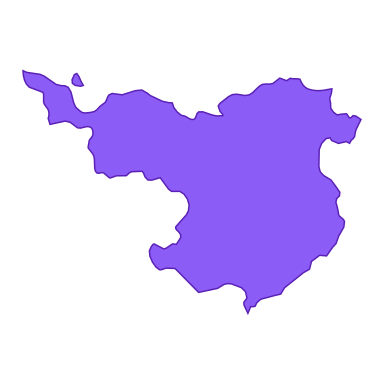 map outline of Gerona (orthographic projection)
{"feature_id": "ESP-5820", "entity_name": "Gerona", "entity_type": "Autonomous Community", "adm_level": 1, "iso_a3": "ESP", "parent_name": "Spain", "parent_adm1": "", "projection": "orthographic", "projection_center": [2.529, 42.07], "detail": "fine", "context": "isolated", "style": "filled", "palette": "violet", "viewbox_px": 384, "rotation_deg": 0, "n_neighbors": 0, "source": "natural_earth", "source_scale": "10m", "svg_char_len": 2920}
<svg xmlns="http://www.w3.org/2000/svg" viewBox="0 0 384 384"><path d="M23.0,70.7L26.9,72.4L39.9,74.3L44.3,76.2L56.1,84.4L61.0,85.6L64.9,85.8L68.2,87.3L71.0,92.1L73.7,102.8L75.7,107.2L79.8,110.9L82.4,112.6L85.2,113.0L90.7,112.4L94.2,111.6L96.6,110.0L100.2,106.2L105.2,102.4L106.2,100.7L107.9,96.5L108.9,95.0L112.2,93.5L122.2,94.8L135.2,90.7L141.8,90.0L147.7,93.4L150.2,95.5L162.4,101.3L169.0,102.7L172.3,102.9L173.8,107.5L177.2,112.0L181.2,115.2L185.1,116.2L189.4,118.7L191.7,119.5L193.9,119.4L195.4,118.0L197.1,113.4L198.7,111.9L202.8,111.8L212.5,115.1L217.2,116.0L222.8,115.6L222.7,114.4L220.1,111.5L218.2,106.0L219.8,103.5L228.7,96.5L232.4,94.6L236.7,94.2L245.0,95.5L249.4,94.8L252.7,92.6L259.1,86.4L262.4,84.4L265.8,84.0L269.4,84.1L272.9,83.5L279.8,78.1L286.6,80.7L290.2,78.3L292.5,78.7L298.6,78.9L300.0,79.3L301.4,82.4L303.0,85.0L305.1,87.2L307.6,88.8L312.0,90.1L317.3,90.7L322.8,90.4L331.9,88.8L331.5,92.6L329.7,98.7L330.6,103.2L330.7,108.1L333.4,112.1L337.0,114.9L341.7,114.1L346.6,113.8L349.4,117.8L350.9,117.8L353.1,115.6L355.9,116.1L361.0,119.5L356.1,129.5L355.3,132.3L354.6,136.6L353.1,138.7L351.2,140.3L349.6,143.3L346.3,141.6L338.5,143.4L331.8,140.6L330.0,137.8L326.1,138.6L321.6,143.5L319.2,149.6L319.0,159.8L318.9,166.7L320.2,171.8L323.6,175.5L330.9,179.9L335.0,185.3L339.8,192.2L339.5,195.8L336.7,198.6L335.9,202.3L337.2,206.8L338.4,212.7L338.6,214.6L339.4,216.1L343.4,219.4L344.5,221.5L343.8,227.1L338.6,236.3L336.0,243.6L332.6,247.3L326.6,255.9L319.6,255.3L311.5,261.4L309.5,269.2L303.4,272.7L284.5,287.8L280.7,294.1L273.9,295.7L268.8,297.1L263.3,298.5L261.0,299.2L260.0,299.8L256.7,302.9L256.1,304.1L255.2,306.2L253.2,306.7L250.7,306.6L247.9,313.3L244.1,305.3L243.8,302.7L244.4,301.4L246.4,299.0L246.9,297.6L245.5,291.7L241.3,287.6L231.4,283.9L227.7,283.6L224.3,284.3L217.7,288.3L198.6,292.4L175.1,268.5L166.2,268.1L161.1,269.8L159.4,269.7L155.9,267.0L152.4,262.0L149.9,256.1L149.4,250.8L151.3,246.6L152.9,244.5L154.1,243.9L163.7,248.9L166.0,248.3L172.5,243.9L176.4,244.3L180.6,237.8L180.7,234.8L178.5,231.6L176.7,230.0L175.7,228.4L175.8,226.7L186.3,214.9L188.4,210.9L189.1,204.9L187.4,199.0L184.0,194.1L179.9,191.4L171.6,191.4L168.6,189.2L160.2,177.7L152.0,180.1L147.9,180.0L145.1,177.0L143.4,172.8L142.1,171.3L131.8,171.7L129.4,172.8L127.0,175.1L126.1,175.7L116.5,175.8L110.2,178.0L109.1,177.6L103.6,172.9L102.1,172.6L98.4,173.3L96.8,172.9L95.4,171.1L94.7,168.4L94.4,159.2L93.8,155.9L92.7,153.8L88.4,148.3L88.1,147.2L89.3,140.3L92.2,136.5L93.0,134.3L92.9,131.4L92.4,129.6L91.8,128.3L90.8,127.5L89.5,126.8L86.6,126.6L80.5,128.1L77.5,127.8L70.2,122.3L65.1,121.1L50.0,124.4L48.2,118.4L48.8,116.1L49.0,113.9L48.8,111.7L48.1,109.5L44.5,104.5L43.6,102.3L43.6,94.0L42.8,92.3L29.3,87.2L26.4,84.1L24.5,80.1L23.4,75.5L23.0,70.7ZM76.8,73.5L78.9,76.5L81.0,81.3L83.3,85.4L82.6,85.7L80.5,86.2L79.9,86.1L75.2,85.4L72.4,83.3L72.1,79.7L74.4,74.6L76.8,73.5Z" fill="#8b5cf6" stroke="#5b21b6" stroke-width="1.5"/></svg>